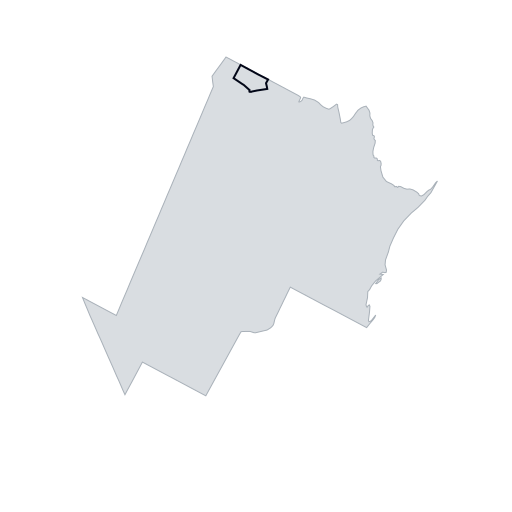 Amourj, Hodh ech Chargui, Mauritania (highlighted), rotated 208°
{"feature_id": "47542326B9245180339851", "entity_name": "Amourj", "entity_type": "district", "adm_level": 2, "iso_a3": "MRT", "parent_name": "Mauritania", "parent_adm1": "Hodh ech Chargui", "projection": "equal_earth", "projection_center": [-7.235, 15.827], "detail": "fine", "context": "in_parent", "style": "outline", "palette": "ink", "viewbox_px": 512, "rotation_deg": 208, "n_neighbors": 0, "source": "geoboundaries", "source_scale": "gbopen_adm2", "svg_char_len": 3676}
<svg xmlns="http://www.w3.org/2000/svg" viewBox="0 0 512 512"><g transform="rotate(208 256 256)"><path d="M225.3,438.1L224.8,437.9L222.5,435.7L221.3,433.2L219.5,431.3L216.9,430.0L215.2,428.5L214.5,426.8L213.5,425.7L212.5,425.2L212.5,424.6L212.7,423.8L212.5,422.2L211.0,418.9L209.6,417.3L208.4,417.6L207.7,417.2L207.3,416.4L207.1,415.3L206.3,414.4L204.9,414.0L203.8,411.5L203.0,406.9L201.9,403.3L200.5,400.8L199.6,399.8L198.8,399.6L198.6,399.2L198.4,398.5L197.3,398.2L195.8,399.0L194.5,398.7L193.8,397.5L192.9,397.4L191.7,398.4L190.4,398.1L189.0,396.5L188.2,394.9L188.1,393.3L185.7,390.0L181.0,385.2L175.8,383.0L170.2,383.3L167.1,383.0L166.4,382.3L165.7,382.3L165.0,383.2L164.3,383.4L163.5,382.9L163.0,383.3L162.8,384.5L160.8,385.2L157.0,385.2L154.0,385.9L151.7,387.4L148.4,388.1L144.1,387.9L141.6,387.3L140.7,386.4L139.5,386.2L138.0,386.7L136.5,389.1L135.2,393.4L134.1,395.8L133.3,396.4L132.4,399.6L131.8,405.0L131.0,407.4L131.3,394.0L132.5,389.0L133.0,384.6L135.8,374.9L139.0,367.0L142.0,356.5L143.3,346.3L143.1,336.4L142.4,327.5L141.0,321.7L139.8,313.3L137.9,308.8L134.2,304.9L133.4,302.7L134.3,301.8L136.6,301.2L138.1,298.2L135.0,299.4L138.7,290.1L139.9,283.8L139.9,279.7L140.6,277.1L138.0,271.6L136.0,264.6L135.0,263.5L133.9,262.9L133.7,264.6L133.1,266.0L131.8,265.1L129.6,260.1L126.5,251.9L125.4,251.0L124.4,252.1L123.8,253.2L122.6,260.1L122.3,257.4L122.8,254.1L123.7,250.2L124.7,244.7L127.6,244.7L132.6,244.7L142.6,244.7L147.6,244.7L157.7,244.7L162.7,244.7L172.7,244.6L177.7,244.6L187.8,244.6L192.8,244.6L202.8,244.6L207.8,244.6L211.1,244.6L211.0,240.7L210.9,237.6L210.7,233.4L210.6,229.3L210.4,225.2L210.3,221.3L210.1,217.4L210.0,213.8L209.9,210.5L209.6,208.6L208.6,204.9L208.4,203.0L208.8,201.1L209.5,199.2L211.5,195.8L214.5,193.2L217.9,190.2L220.5,187.9L221.9,187.3L225.9,186.6L229.2,184.8L232.3,183.1L233.6,182.2L233.8,179.0L234.7,109.0L250.0,109.0L254.0,109.0L282.0,109.0L286.0,109.0L306.5,109.0L306.5,105.7L306.5,101.0L306.5,94.6L306.5,88.1L306.6,76.7L306.6,72.0L310.6,75.1L318.6,81.5L322.7,84.6L330.7,91.0L338.8,97.3L346.9,103.7L350.9,106.9L355.0,110.1L359.1,113.2L363.1,116.4L371.2,122.8L374.7,125.5L379.9,129.8L384.8,133.8L389.7,137.9L382.2,137.9L372.0,137.9L365.2,137.9L358.1,137.9L351.4,137.9L352.0,144.5L352.7,151.7L353.3,158.9L353.9,166.1L354.6,173.3L356.5,195.1L357.1,202.3L357.7,209.6L358.4,216.8L359.0,224.1L360.3,238.7L360.9,246.0L361.6,253.3L362.2,260.6L362.9,267.9L363.5,275.3L364.8,289.9L365.4,297.3L366.1,304.6L366.7,312.0L367.4,319.3L368.0,326.7L368.7,334.1L369.3,341.4L370.6,356.2L371.3,363.6L371.9,371.0L372.6,378.4L373.2,385.6L375.9,389.3L379.2,394.1L378.3,400.8L377.1,408.8L375.9,417.6L366.7,417.6L357.6,417.6L334.9,417.6L330.4,417.6L307.7,417.6L303.2,417.6L294.4,417.6L291.8,417.4L290.9,416.7L290.6,412.2L289.8,412.5L288.9,413.8L288.4,415.2L288.6,417.1L288.4,418.7L285.5,419.3L281.6,420.4L277.4,421.2L273.3,420.9L271.8,420.6L270.3,420.0L267.0,419.3L265.2,419.3L263.1,419.4L260.6,419.8L259.9,420.6L258.0,424.0L256.2,427.9L255.0,427.9L253.7,425.8L250.1,421.7L245.8,416.4L243.8,413.7L242.8,413.4L240.7,415.3L238.9,417.1L237.0,419.7L236.1,422.2L235.4,425.1L235.1,428.6L234.4,432.6L232.9,435.8L231.0,438.3L229.7,439.4L229.2,440.0L225.3,438.1ZM136.7,292.5L135.2,295.4L134.6,294.3L134.4,292.4L135.7,289.7L136.3,288.3L137.4,287.8L136.7,292.5Z" fill="#d9dde1" stroke="#a8b0b8" stroke-width="1"/><path d="M347.1,401.3L340.1,399.6L339.6,399.5L339.5,399.0L339.2,398.4L338.8,398.0L337.4,398.6L336.7,399.4L334.4,401.3L333.6,401.9L333.5,402.1L324.5,408.8L325.9,410.6L328.2,413.2L328.2,413.3L328.3,413.4L328.2,417.3L328.2,417.5L339.5,417.3L359.3,417.5L359.3,412.7L359.3,402.5L348.9,401.4L347.1,401.3Z" fill="none" stroke="#020617" stroke-width="2"/></g></svg>